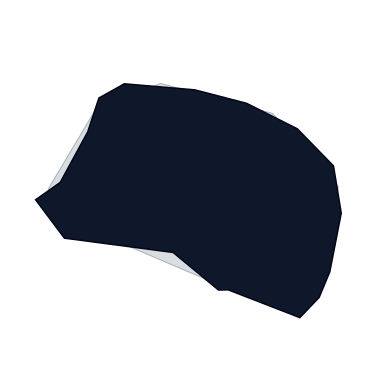 Rarotonga highlighted on a map of Cook Islands, rotated 12°
{"feature_id": "COK-4953", "entity_name": "Rarotonga", "entity_type": "state/province", "adm_level": 1, "iso_a3": "COK", "parent_name": "Cook Islands", "parent_adm1": "", "projection": "orthographic", "projection_center": [-159.787, -21.22], "detail": "fine", "context": "in_parent", "style": "filled", "palette": "ink", "viewbox_px": 384, "rotation_deg": 12, "n_neighbors": 0, "source": "natural_earth", "source_scale": "10m", "svg_char_len": 567}
<svg xmlns="http://www.w3.org/2000/svg" viewBox="0 0 384 384"><g transform="rotate(12 192 192)"><path d="M331.0,277.4L243.1,278.3L131.7,256.4L58.9,244.6L51.0,218.2L79.7,133.8L138.6,92.4L254.6,98.4L333.9,156.3L341.1,252.1L331.0,277.4Z" fill="#d9dde1" stroke="#a8b0b8" stroke-width="1"/><path d="M173.6,91.5L226.9,93.9L281.9,108.3L325.0,137.1L342.4,181.7L343.4,241.4L338.3,268.7L323.6,292.5L247.7,280.2L238.3,282.4L186.1,255.1L76.8,263.7L40.6,232.1L61.1,210.0L77.5,154.8L81.4,119.4L103.3,100.2L173.6,91.5Z" fill="#0f172a" stroke="#020617" stroke-width="1.5"/></g></svg>